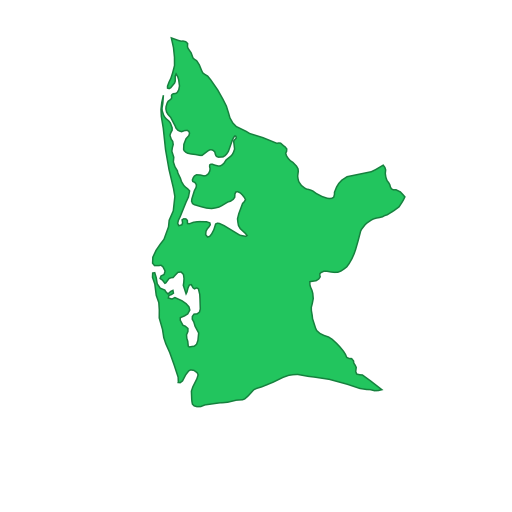 Etimbouè, Ogooué-Maritime, Gabon (Robinson projection), rotated 26°
{"feature_id": "22940354B22587364924270", "entity_name": "Etimbouè", "entity_type": "district", "adm_level": 2, "iso_a3": "GAB", "parent_name": "Gabon", "parent_adm1": "Ogooué-Maritime", "projection": "robinson", "projection_center": [9.502, -1.676], "detail": "fine", "context": "isolated", "style": "filled", "palette": "green", "viewbox_px": 512, "rotation_deg": 26, "n_neighbors": 0, "source": "geoboundaries", "source_scale": "gbopen_adm2", "svg_char_len": 6154}
<svg xmlns="http://www.w3.org/2000/svg" viewBox="0 0 512 512"><g transform="rotate(26 256 256)"><path d="M427.7,321.0L413.9,318.1L403.8,316.3L401.5,317.2L398.3,318.0L396.3,316.2L394.9,312.2L393.0,310.7L390.8,309.4L389.7,307.6L386.9,306.3L384.7,307.3L382.0,307.4L379.6,305.3L376.4,303.3L371.2,300.9L366.7,299.2L361.0,297.5L356.8,297.0L352.0,297.6L347.4,297.6L343.2,296.4L341.1,294.7L334.4,287.7L332.5,284.7L329.7,280.8L328.2,277.9L327.4,274.0L326.1,269.2L323.4,264.7L321.3,262.3L318.8,260.2L317.1,258.3L315.6,255.5L320.9,251.8L322.5,249.1L322.8,246.6L321.8,245.4L321.1,243.8L321.7,242.4L323.7,239.9L326.5,238.6L330.4,237.5L333.7,236.3L336.7,234.7L338.9,232.3L340.9,228.9L342.3,226.0L343.0,222.1L343.4,216.4L343.2,211.0L342.7,206.7L341.1,197.6L339.1,187.6L339.2,185.4L340.4,179.8L341.4,177.4L344.0,172.9L345.4,171.1L347.6,169.1L350.0,167.4L352.5,165.3L353.8,163.4L355.9,161.4L360.1,154.7L363.0,149.2L363.7,143.6L363.9,140.9L363.9,137.6L361.1,136.4L357.6,135.1L352.8,135.1L350.5,136.3L348.4,136.3L346.7,135.2L344.9,133.2L343.0,131.9L340.7,130.8L338.1,128.2L336.0,125.1L334.8,121.8L333.0,119.9L330.5,118.6L325.6,126.0L322.7,129.7L303.1,144.8L299.9,150.2L298.6,154.5L298.2,158.6L298.6,164.3L299.5,166.2L300.1,169.1L298.9,170.9L296.7,172.2L294.6,172.9L289.2,173.6L282.6,173.4L278.8,172.7L276.4,172.8L273.8,173.2L272.3,173.7L269.9,173.6L265.9,172.7L263.3,171.3L261.7,170.3L259.7,167.9L258.4,165.9L256.9,161.4L255.5,159.2L253.0,157.5L248.1,155.7L245.0,155.3L242.4,154.3L239.6,152.7L237.6,150.6L237.6,148.5L236.7,146.3L234.1,145.1L232.6,144.9L228.7,143.8L227.0,144.4L225.3,145.6L210.3,146.6L196.6,148.7L192.4,148.3L181.5,148.3L176.8,146.6L172.0,143.3L168.7,139.6L163.7,134.3L157.4,129.5L148.7,123.5L138.0,117.5L133.7,115.5L130.1,115.2L127.8,114.7L126.0,113.3L121.3,109.1L118.4,107.3L117.0,106.5L114.4,106.2L112.5,105.6L108.7,101.9L103.8,99.1L102.6,97.8L101.4,95.0L98.9,94.2L96.1,94.8L94.7,95.7L91.7,96.3L84.3,97.1L90.5,104.9L95.6,113.1L99.3,120.6L100.8,128.0L101.6,133.7L101.6,137.6L102.0,142.1L102.9,143.9L104.6,143.6L105.6,142.1L107.0,136.2L106.7,134.1L104.5,129.7L104.4,127.4L107.1,129.2L109.1,131.3L112.7,136.7L113.7,140.4L113.6,143.1L113.1,144.6L111.7,145.7L110.5,146.4L109.7,147.8L109.7,148.9L110.6,150.3L111.0,151.5L110.1,153.8L109.2,155.4L109.1,157.5L109.7,161.2L110.6,163.4L112.5,165.8L114.8,167.3L118.5,168.8L126.5,174.7L128.0,176.1L130.6,177.2L132.5,177.2L134.6,176.9L136.7,174.7L139.1,173.2L141.1,173.5L142.4,174.7L142.9,177.2L141.7,181.3L142.2,187.2L144.2,191.9L145.2,192.8L147.4,193.5L149.4,193.6L152.8,192.8L157.1,191.3L161.6,190.1L163.4,189.2L166.7,182.6L168.0,180.7L169.9,179.9L171.3,179.9L173.3,180.5L175.0,182.5L176.2,183.5L177.4,183.8L179.0,183.6L182.9,181.4L184.2,179.3L184.9,177.1L185.3,174.1L183.9,161.7L183.9,159.9L184.2,157.6L185.1,157.1L185.8,157.5L186.5,158.6L186.3,159.7L185.6,161.5L185.6,162.6L189.9,169.3L190.3,172.7L190.2,175.2L189.6,177.3L187.0,182.8L186.6,186.5L185.6,189.0L184.5,190.6L182.9,191.6L179.1,192.4L176.3,192.7L174.9,193.6L174.5,194.5L175.2,196.1L176.5,197.7L177.2,199.9L177.2,202.8L175.9,205.6L174.2,206.8L170.5,207.6L166.9,209.1L165.6,211.1L165.3,213.0L165.5,215.6L166.5,216.7L168.9,216.7L171.2,218.1L172.1,220.5L172.0,224.4L173.3,232.7L174.1,235.0L176.0,236.7L178.1,236.9L185.3,235.7L190.5,234.6L195.3,232.8L198.4,230.6L201.2,228.3L203.1,225.8L207.0,219.8L209.1,217.9L210.7,215.0L211.1,212.5L209.8,209.4L209.9,207.2L211.4,206.2L214.3,206.2L216.8,207.0L220.1,208.6L221.9,210.0L221.6,212.6L220.9,214.6L222.0,225.6L223.1,230.7L225.0,233.7L226.9,236.3L229.8,238.3L236.4,240.3L239.0,241.5L238.1,242.9L232.3,244.4L214.0,242.7L208.9,242.8L207.0,243.4L205.7,244.9L206.6,250.9L206.5,255.5L205.8,258.6L204.2,260.2L201.4,258.9L200.2,255.7L200.3,252.9L200.9,250.6L201.2,248.0L200.0,246.5L196.6,246.9L190.3,249.8L187.8,251.2L184.9,253.2L182.2,256.1L180.2,256.9L178.7,254.1L176.7,253.4L174.7,254.3L173.7,255.9L175.5,258.4L175.7,260.5L173.3,262.6L171.3,261.0L170.6,257.9L170.6,254.0L169.5,238.1L169.4,232.6L167.8,226.6L165.2,225.6L162.3,225.0L160.1,224.2L156.5,221.9L154.0,219.3L149.4,215.7L148.0,213.9L144.0,211.3L140.5,207.7L138.8,203.3L134.4,198.7L133.3,195.2L132.7,192.1L130.9,189.5L128.6,188.2L125.7,185.2L125.4,182.7L125.5,179.7L124.4,177.5L120.7,174.0L118.5,172.9L115.3,172.1L113.3,171.3L111.3,170.0L108.0,166.6L106.7,164.3L105.4,159.9L102.3,152.1L104.0,159.3L106.3,165.8L109.7,172.0L116.7,181.9L128.1,200.1L139.9,216.4L152.2,231.4L157.0,238.1L161.9,251.8L162.3,261.9L164.6,268.2L166.0,281.4L164.8,287.2L163.7,294.6L163.8,302.3L166.2,307.8L169.0,309.1L172.9,307.2L174.7,305.9L177.3,306.6L180.9,309.4L181.5,312.9L179.4,315.6L179.7,318.3L182.5,318.7L186.1,320.5L186.7,319.7L187.7,314.4L189.1,312.8L190.9,311.7L191.9,308.2L193.0,304.9L195.7,303.2L198.9,304.4L201.2,307.8L202.7,311.5L203.5,314.2L209.7,320.6L209.7,318.5L208.9,314.6L208.8,311.3L210.4,310.1L213.2,312.1L215.1,312.5L216.6,310.7L218.6,310.7L222.3,315.2L224.3,318.8L229.2,328.1L229.8,331.2L228.4,333.9L225.8,335.4L225.3,338.2L226.4,340.7L229.1,342.6L232.1,345.9L238.2,350.3L240.8,357.3L241.3,361.4L240.0,364.3L238.4,365.2L236.0,367.0L234.6,366.7L232.0,362.5L230.0,360.5L228.1,357.3L227.9,353.7L226.6,351.0L223.2,350.1L220.7,350.3L216.0,346.9L215.0,344.6L218.0,341.2L220.0,338.0L220.2,333.6L218.0,331.1L214.1,329.5L209.1,328.7L201.3,328.9L199.4,331.5L195.6,332.2L195.0,329.6L196.9,327.7L198.1,325.6L196.4,323.3L194.9,325.2L193.5,328.7L190.4,327.6L189.0,326.6L184.0,326.9L179.4,324.3L175.8,319.2L172.3,315.4L170.6,316.6L172.3,320.5L177.3,325.5L183.6,335.1L189.1,340.5L192.8,347.0L196.2,354.1L204.1,362.9L208.9,369.8L213.5,374.5L220.7,380.5L230.1,389.7L239.1,399.0L241.4,403.2L241.5,403.8L243.4,403.1L244.7,400.5L244.9,393.5L245.9,388.7L247.2,387.0L250.4,386.0L254.3,386.7L256.1,388.2L256.7,392.2L256.6,401.4L257.2,405.8L261.0,412.9L262.3,415.0L263.8,417.0L266.1,417.8L269.0,417.3L272.3,415.6L275.4,412.2L287.7,403.9L290.5,402.4L294.7,399.8L301.5,394.2L306.9,391.1L308.5,389.4L310.3,385.1L312.6,377.2L314.6,374.7L318.4,371.2L326.7,361.9L333.5,353.2L337.7,348.9L341.2,346.5L345.3,344.2L355.9,341.2L361.6,339.2L376.0,334.7L394.0,331.3L407.5,329.5L413.9,327.5L417.3,326.0L421.6,325.1L424.8,323.4L427.7,321.0Z" fill="#22c55e" stroke="#15803d" stroke-width="1.5"/></g></svg>